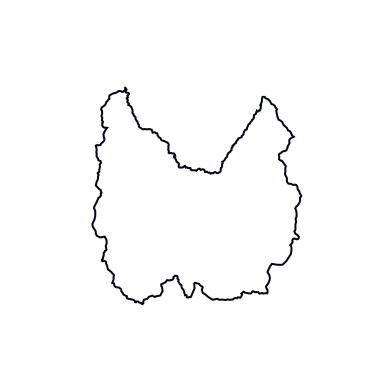 Santa Rosa, Cauca, Colombia (orthographic projection), rotated 147°
{"feature_id": "7082276B65287171655445", "entity_name": "Santa Rosa", "entity_type": "district", "adm_level": 2, "iso_a3": "COL", "parent_name": "Colombia", "parent_adm1": "Cauca", "projection": "orthographic", "projection_center": [-76.572, 1.472], "detail": "fine", "context": "isolated", "style": "outline", "palette": "ink", "viewbox_px": 384, "rotation_deg": 147, "n_neighbors": 0, "source": "geoboundaries", "source_scale": "gbopen_adm2", "svg_char_len": 6041}
<svg xmlns="http://www.w3.org/2000/svg" viewBox="0 0 384 384"><g transform="rotate(147 192 192)"><path d="M299.7,130.8L299.1,130.0L297.9,130.3L296.9,129.6L296.4,128.0L294.9,126.4L295.0,125.4L294.6,124.9L293.3,125.3L292.3,126.9L291.1,127.8L287.6,126.8L285.1,127.6L281.6,126.6L280.4,124.2L279.0,124.1L275.4,122.6L274.0,122.9L273.5,123.4L270.8,124.7L268.9,128.6L269.0,129.7L268.2,131.3L263.2,130.7L260.9,131.7L259.1,130.1L256.1,129.1L254.5,129.5L253.8,130.9L251.9,131.0L250.3,129.8L250.2,129.3L250.3,128.7L251.4,127.3L251.0,125.6L252.3,124.6L252.1,123.9L252.3,121.1L251.6,119.7L252.8,117.2L252.5,114.1L254.1,109.2L252.9,108.6L253.0,107.6L253.7,106.6L253.4,106.0L251.4,105.3L250.6,104.6L250.0,104.7L242.3,109.8L240.0,114.1L239.3,114.3L238.7,114.1L236.1,111.0L235.9,108.8L234.9,106.9L235.1,105.9L237.0,104.7L237.9,101.7L236.5,98.5L235.7,95.4L233.4,90.4L228.9,88.6L227.9,86.8L224.7,84.9L222.6,83.0L220.8,82.6L219.4,81.3L216.3,79.6L213.9,79.8L212.9,79.4L212.1,78.4L210.8,78.7L209.2,77.1L207.6,77.5L205.7,78.8L206.0,79.9L203.1,80.3L202.2,78.5L198.7,75.3L197.5,74.8L195.9,75.6L194.8,75.5L193.9,73.8L191.0,72.0L190.8,70.0L188.1,69.0L187.4,67.9L184.8,66.8L184.1,66.1L183.0,67.0L182.0,68.9L181.9,71.4L181.4,72.5L177.7,73.9L174.9,75.9L173.4,77.6L172.4,80.1L172.3,83.8L166.8,87.3L164.1,88.2L160.2,84.6L156.3,82.0L155.3,81.8L150.5,82.7L142.9,86.1L140.6,88.6L138.8,91.3L138.4,92.7L138.6,93.9L135.5,94.7L134.8,95.4L134.3,96.6L133.3,97.4L132.1,97.6L131.4,97.2L130.2,95.5L129.0,94.8L128.5,94.8L127.6,95.2L126.9,96.1L126.8,97.3L127.1,98.9L128.0,100.5L127.6,103.2L125.7,104.1L123.0,108.4L120.8,110.4L119.8,112.9L117.4,114.7L115.0,118.9L114.3,122.0L112.9,122.9L111.0,123.1L107.8,124.4L106.0,125.9L104.4,128.5L102.7,128.9L102.4,129.4L102.3,132.4L101.6,134.3L102.0,136.4L100.7,139.1L100.8,141.2L101.6,142.1L103.3,142.8L104.6,145.0L106.5,146.4L106.8,148.2L106.8,148.9L104.8,152.1L104.5,155.5L103.9,157.0L102.7,157.9L101.0,161.0L99.4,162.3L99.2,162.7L99.6,169.4L100.6,170.1L101.2,172.1L99.5,174.2L98.9,175.9L98.2,176.4L96.2,176.3L94.2,176.6L91.0,175.6L89.7,175.8L87.9,177.0L87.0,178.1L83.6,179.8L82.7,181.8L81.7,182.9L80.1,183.3L76.6,182.9L77.3,184.9L76.7,188.5L76.9,189.8L77.9,191.6L77.5,193.9L78.7,198.4L78.2,201.6L79.0,203.9L80.0,205.4L79.4,208.4L78.2,211.6L77.0,214.3L75.6,215.1L75.9,217.5L75.7,219.3L76.3,221.3L77.4,222.4L77.2,225.8L77.8,228.7L79.4,230.8L79.2,232.1L80.7,233.2L81.1,233.3L81.7,232.9L84.7,229.3L85.6,228.9L86.3,227.9L87.3,227.7L87.2,226.9L87.5,226.9L88.7,224.8L90.0,223.8L90.5,223.5L91.0,223.9L92.1,223.5L92.5,224.0L93.1,223.9L93.3,224.5L93.6,223.9L94.5,224.1L95.9,222.7L98.0,222.8L98.7,222.2L99.1,221.0L100.1,220.6L100.4,220.1L101.5,219.7L102.3,219.8L103.3,219.0L104.6,218.8L106.4,217.9L107.4,218.0L108.5,217.5L111.2,215.5L111.7,215.4L112.0,214.7L113.0,214.7L113.7,215.0L115.4,214.4L116.6,213.4L117.4,212.2L119.9,211.8L120.6,210.9L124.0,211.7L124.3,211.2L127.3,210.4L128.2,209.2L130.0,209.2L130.7,208.8L131.5,209.0L131.9,208.4L133.1,208.5L133.5,207.7L134.6,207.4L136.3,205.4L137.0,205.6L137.8,204.9L140.2,204.9L140.7,204.3L141.8,204.2L143.4,202.4L145.6,202.0L147.1,201.1L149.0,200.7L150.1,200.9L150.7,199.3L151.4,199.1L152.3,198.2L152.5,197.3L153.9,196.4L154.8,196.4L156.7,193.8L157.9,193.5L159.9,193.7L160.9,194.3L161.6,196.0L162.9,196.4L164.0,196.2L165.4,197.2L166.4,197.2L166.6,198.6L167.8,199.2L168.5,200.9L170.1,201.7L169.6,203.8L170.6,205.3L172.7,205.8L172.8,207.3L173.3,207.7L174.7,207.9L176.8,207.4L177.3,208.3L180.6,210.6L181.0,211.5L180.3,212.5L180.5,213.3L182.4,214.4L182.9,215.6L183.9,215.8L183.6,217.7L184.3,217.9L185.6,217.5L187.0,217.9L189.3,219.4L189.4,220.4L187.5,223.1L188.4,226.0L187.9,227.6L187.9,229.3L187.2,230.1L188.1,230.7L188.2,231.1L187.7,231.8L186.1,232.0L186.0,232.8L186.3,234.4L187.7,235.1L188.1,236.0L189.9,236.9L190.2,237.7L189.0,239.1L188.9,240.6L187.9,241.5L187.1,243.1L186.0,244.0L185.5,245.0L185.5,246.4L187.9,250.5L188.7,251.0L189.4,252.1L189.1,254.4L189.9,255.5L190.0,258.1L189.3,259.6L189.3,260.3L190.3,261.1L190.7,262.4L192.7,263.2L191.9,266.1L193.1,267.7L195.6,269.1L197.6,270.7L199.0,271.2L200.9,275.1L200.8,276.1L199.9,277.2L200.2,278.3L199.4,281.0L199.7,282.0L199.5,284.2L198.6,285.4L199.1,287.3L199.0,288.8L198.6,289.5L198.9,290.9L197.8,292.0L197.1,293.8L196.6,296.8L197.1,298.4L198.0,299.7L196.8,300.4L197.3,302.7L195.7,304.0L195.8,306.1L194.2,306.3L193.9,307.8L191.7,308.4L191.2,308.9L191.5,309.8L193.3,311.6L192.9,312.5L191.1,313.5L191.1,315.7L191.4,315.8L192.2,314.1L195.4,313.6L196.0,313.9L196.7,315.2L198.3,316.6L201.1,316.5L204.9,317.7L208.4,317.9L209.3,317.4L210.6,315.1L211.8,315.0L213.3,314.3L214.6,314.3L216.5,312.8L218.2,312.2L221.0,312.1L222.6,311.5L223.4,310.5L223.1,309.1L223.9,308.2L224.4,306.9L226.7,304.9L226.9,302.9L228.5,301.3L228.4,299.4L229.2,298.6L229.9,298.6L231.0,296.9L231.1,295.0L230.6,293.9L228.2,292.1L231.0,291.0L234.7,288.8L236.2,285.7L236.6,284.0L237.0,283.4L238.4,282.6L241.9,282.1L243.0,281.3L244.5,281.8L246.6,283.3L247.5,283.2L248.8,279.4L250.5,277.6L251.0,276.2L252.6,273.9L252.6,271.2L253.2,269.7L251.9,267.6L252.3,266.2L254.5,265.2L255.3,263.3L257.4,261.5L258.7,259.5L260.8,259.2L261.1,257.0L262.4,256.3L263.3,254.7L264.4,253.6L266.6,252.4L269.1,249.8L268.3,245.2L267.5,243.2L268.0,242.5L268.2,240.7L269.6,240.3L270.3,238.6L272.6,237.8L273.6,238.1L277.2,235.6L282.1,232.8L283.0,231.7L283.6,228.5L286.1,224.7L288.6,222.2L293.0,219.4L293.7,218.0L294.2,216.6L294.1,211.7L295.3,209.5L295.7,207.3L293.9,204.1L292.5,203.2L289.8,202.4L289.5,201.8L289.8,198.6L291.0,196.0L294.0,193.3L295.0,190.3L295.9,189.8L297.2,190.0L298.0,189.3L299.2,189.0L300.5,187.0L302.1,185.7L302.9,184.5L304.3,184.3L304.9,183.5L304.9,182.8L302.7,181.6L302.2,180.5L302.2,179.9L303.0,178.9L303.3,176.5L304.6,173.4L304.5,172.2L303.8,170.8L303.1,168.1L303.2,167.1L302.7,165.9L302.7,164.8L304.0,163.6L305.3,161.4L308.4,159.2L307.2,157.8L308.2,155.5L307.8,153.8L305.0,151.3L304.8,150.0L304.3,149.2L305.4,147.0L305.0,144.9L305.3,143.1L303.3,140.0L304.3,139.2L304.4,138.4L303.3,136.8L302.4,136.2L301.9,135.4L300.0,133.8L299.2,131.6L299.7,130.8Z" fill="none" stroke="#020617" stroke-width="2"/></g></svg>